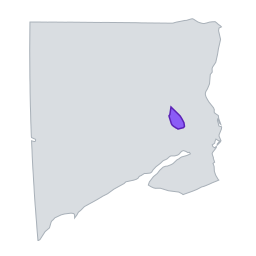 Al Fayyum highlighted on a map of Egypt, rotated 88°
{"feature_id": "EGY-1542", "entity_name": "Al Fayyum", "entity_type": "Governorate", "adm_level": 1, "iso_a3": "EGY", "parent_name": "Egypt", "parent_adm1": "", "projection": "orthographic", "projection_center": [30.723, 29.357], "detail": "fine", "context": "in_parent", "style": "filled", "palette": "violet", "viewbox_px": 256, "rotation_deg": 88, "n_neighbors": 0, "source": "natural_earth", "source_scale": "10m", "svg_char_len": 3268}
<svg xmlns="http://www.w3.org/2000/svg" viewBox="0 0 256 256"><g transform="rotate(88 128 128)"><path d="M237.3,221.9L231.3,222.2L225.3,222.5L219.3,222.7L213.3,223.0L207.2,223.2L201.2,223.5L195.2,223.7L189.1,223.9L183.1,224.0L177.1,224.2L171.0,224.3L165.0,224.5L159.0,224.6L152.9,224.7L146.9,224.7L140.8,224.8L137.4,224.8L138.0,223.1L138.3,221.8L137.9,221.0L136.7,220.7L136.0,221.0L134.2,224.7L133.2,224.9L131.1,224.9L124.1,224.9L117.0,224.9L110.0,224.8L102.9,224.8L95.9,224.7L88.9,224.6L81.8,224.4L74.8,224.3L67.8,224.1L60.8,223.9L53.7,223.7L46.7,223.5L39.7,223.2L32.7,222.9L25.7,222.6L18.7,222.3L18.8,217.8L19.0,213.4L19.2,209.0L19.4,204.6L19.5,200.1L19.7,195.7L19.9,191.3L20.1,186.8L20.2,182.4L20.4,178.0L20.6,173.5L20.8,169.1L21.0,164.6L21.2,160.2L21.4,155.7L21.6,151.3L21.7,146.8L21.9,142.4L22.1,137.9L22.3,133.5L22.5,129.0L22.7,124.6L22.9,120.1L23.1,115.7L23.4,111.2L23.6,106.8L23.8,102.3L24.0,97.9L24.2,93.4L24.4,89.0L24.6,84.5L24.8,80.0L24.7,79.2L23.9,76.1L23.3,72.2L22.5,67.5L22.5,65.9L21.2,61.0L21.1,59.6L21.6,58.6L24.4,54.6L25.2,52.7L26.0,50.3L26.3,48.4L25.7,45.4L25.0,42.7L24.8,39.9L24.8,37.2L26.2,35.5L27.9,33.8L28.5,32.8L29.5,31.7L30.2,31.1L31.3,33.6L34.0,34.1L42.7,32.4L52.1,34.9L57.3,35.9L65.4,38.0L70.2,41.4L71.6,41.9L75.1,41.9L77.4,43.9L86.7,45.0L91.6,47.2L94.4,49.0L96.1,49.5L97.6,49.5L99.7,48.9L102.2,47.7L105.0,46.1L110.8,41.8L112.8,41.1L114.2,41.3L115.8,41.2L116.5,40.1L117.3,39.3L117.9,38.4L118.7,37.3L121.7,37.0L127.7,35.1L127.0,36.0L121.6,38.1L123.9,38.4L126.3,37.6L129.0,37.2L129.5,36.3L129.9,34.6L130.4,34.4L132.3,34.7L137.9,37.2L139.3,37.3L143.2,35.8L144.0,35.5L145.3,36.3L148.3,39.5L147.2,39.4L144.1,36.7L143.8,38.1L142.1,40.5L144.3,41.5L146.1,41.9L147.1,43.2L147.7,44.4L149.5,43.9L150.8,42.2L150.1,41.3L149.6,40.4L150.2,40.3L151.5,41.1L155.1,44.1L156.3,44.8L157.7,44.6L160.5,43.7L161.3,43.8L165.2,42.6L165.7,43.4L166.3,44.3L169.4,43.3L174.3,43.2L178.3,42.0L182.9,39.5L183.2,39.1L183.5,39.7L184.1,41.3L185.6,45.5L187.0,48.8L188.7,53.4L189.2,55.1L189.4,56.3L191.8,61.3L193.3,65.4L194.4,68.8L195.9,73.6L196.5,75.3L195.6,76.3L193.8,79.5L192.1,89.8L189.3,97.8L189.2,102.8L188.7,104.6L187.4,107.2L185.7,109.7L182.6,108.5L177.5,104.3L174.5,100.3L171.3,97.7L168.3,94.2L167.5,91.7L167.5,90.1L166.1,86.1L165.1,84.2L161.5,80.1L160.4,77.8L159.6,76.9L158.8,75.4L157.5,70.0L156.0,66.5L154.4,67.5L154.7,69.0L153.4,71.0L152.5,73.4L153.2,75.3L156.2,78.2L156.8,79.4L157.5,82.2L157.4,86.0L157.9,87.3L160.2,90.0L161.0,91.7L161.5,93.1L162.2,94.4L164.4,96.8L167.7,101.4L170.7,104.4L172.9,105.9L173.8,107.4L174.1,111.3L174.0,113.2L176.0,116.6L176.7,118.4L178.6,119.8L179.5,121.4L180.3,124.1L181.7,132.0L183.4,133.9L188.6,144.2L193.0,150.7L195.2,155.5L198.5,161.4L205.0,174.3L208.8,178.3L210.4,180.5L213.1,182.1L216.1,184.5L213.3,184.4L212.6,184.6L211.7,185.1L211.3,186.6L211.1,187.9L211.7,194.5L212.5,197.9L215.2,204.2L217.1,206.0L218.0,207.2L219.3,208.1L225.1,210.0L228.7,214.5L236.5,219.9L237.3,221.5L237.3,221.9Z" fill="#d9dde1" stroke="#a8b0b8" stroke-width="1"/><path d="M130.8,78.1L130.2,78.8L129.5,80.2L128.8,81.0L128.5,81.6L127.9,82.4L126.7,83.7L125.3,84.5L118.0,86.5L117.2,86.6L116.1,85.7L108.5,84.3L116.7,76.5L117.9,75.4L121.1,73.6L124.7,71.9L128.3,71.5L129.1,72.1L129.6,72.6L130.8,78.1Z" fill="#8b5cf6" stroke="#5b21b6" stroke-width="1.5"/></g></svg>